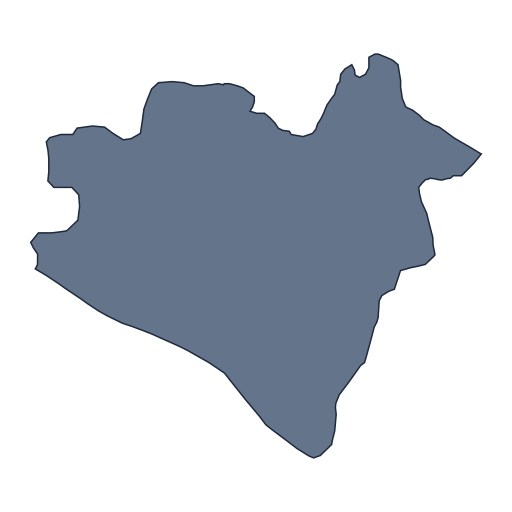 Daquq, At-Ta'mim, Iraq
{"feature_id": "34846034B46783343918511", "entity_name": "Daquq", "entity_type": "district", "adm_level": 2, "iso_a3": "IRQ", "parent_name": "Iraq", "parent_adm1": "At-Ta'mim", "projection": "natural_earth1", "projection_center": [44.248, 34.995], "detail": "fine", "context": "isolated", "style": "filled", "palette": "slate", "viewbox_px": 512, "rotation_deg": 0, "n_neighbors": 0, "source": "geoboundaries", "source_scale": "gbopen_adm2", "svg_char_len": 2141}
<svg xmlns="http://www.w3.org/2000/svg" viewBox="0 0 512 512"><path d="M331.6,444.5L332.7,438.8L334.7,431.1L335.4,423.4L336.2,414.3L335.4,407.6L335.8,403.3L339.3,394.7L349.4,381.3L352.9,376.4L360.6,365.5L364.5,362.6L366.1,357.3L371.1,339.1L374.2,327.1L376.9,321.9L378.1,317.6L379.2,300.8L381.9,295.5L388.9,291.2L394.3,289.3L400.5,270.6L410.2,267.8L417.6,266.3L425.3,264.4L433.8,256.3L435.0,254.8L433.1,245.2L432.7,237.1L428.0,218.9L426.8,213.6L421.4,201.7L419.5,193.5L418.7,187.3L422.2,183.0L425.6,179.6L428.4,179.2L429.5,178.2L434.2,178.7L438.0,179.6L441.9,180.1L446.6,178.7L450.4,178.2L453.3,175.7L455.7,175.7L461.6,175.7L474.0,163.0L481.3,153.9L480.3,153.5L471.7,148.2L458.9,140.8L453.7,137.7L445.1,131.3L439.2,127.1L433.2,125.0L423.7,119.7L419.5,115.4L412.6,110.2L405.8,107.0L402.3,98.5L400.6,86.9L400.6,80.5L398.0,64.7L392.9,60.4L388.6,58.3L378.3,54.1L374.9,54.1L368.9,57.3L368.9,67.8L365.5,74.2L359.5,77.4L355.2,75.2L354.4,70.0L351.8,64.7L345.0,68.9L340.7,74.2L339.8,81.6L337.3,84.8L334.7,94.3L332.2,97.5L327.0,104.9L323.6,113.3L321.0,118.6L317.6,123.9L315.9,129.2L312.5,133.4L303.1,136.6L291.1,134.5L289.4,131.3L282.5,130.3L278.2,128.1L274.8,122.9L269.7,117.6L264.5,113.3L256.8,113.3L250.0,111.2L252.6,107.0L254.3,101.7L254.3,96.4L250.0,93.2L243.2,87.9L237.2,85.8L229.5,83.7L224.2,83.7L223.5,84.8L218.3,83.7L202.9,85.8L193.5,85.8L184.1,82.7L172.1,81.6L158.4,82.7L151.6,89.0L147.3,99.6L143.9,109.1L142.2,121.8L140.4,133.4L131.0,138.7L123.3,139.8L113.0,133.4L104.5,127.1L92.5,126.0L77.1,128.1L72.8,134.5L60.8,134.5L49.7,137.7L46.3,141.9L48.0,150.4L48.8,158.8L48.8,171.5L47.9,181.0L53.9,187.4L62.5,187.4L71.9,187.4L78.7,194.8L79.6,206.4L77.9,220.2L66.7,230.8L60.7,231.8L51.3,232.9L38.4,232.9L30.7,242.4L33.3,247.7L37.6,254.1L37.5,264.6L35.3,268.9L46.2,275.4L57.8,283.1L65.1,288.3L80.2,298.4L87.6,303.7L98.5,310.9L107.0,315.7L122.5,323.3L131.4,326.2L150.4,333.4L180.3,346.8L186.9,350.1L208.6,362.4L209.7,363.1L224.5,373.1L231.5,382.0L245.8,400.0L259.4,416.2L260.1,417.2L266.0,424.9L272.6,430.1L285.4,439.7L297.4,448.8L309.0,456.0L313.7,457.9L320.3,455.5L329.2,446.9L331.6,444.5Z" fill="#64748b" stroke="#1e293b" stroke-width="1.5"/></svg>